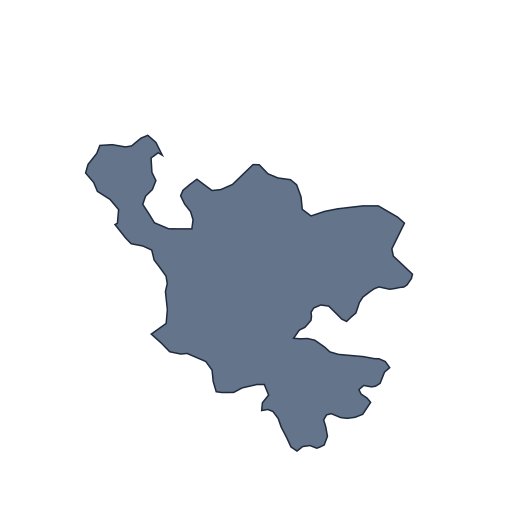 Hwaseong-si, Gyeonggi, South Korea, rotated 226°
{"feature_id": "91817680B58085958229296", "entity_name": "Hwaseong-si", "entity_type": "district", "adm_level": 2, "iso_a3": "KOR", "parent_name": "South Korea", "parent_adm1": "Gyeonggi", "projection": "robinson", "projection_center": [126.871, 37.138], "detail": "fine", "context": "isolated", "style": "filled", "palette": "slate", "viewbox_px": 512, "rotation_deg": 226, "n_neighbors": 0, "source": "geoboundaries", "source_scale": "gbopen_adm2", "svg_char_len": 2003}
<svg xmlns="http://www.w3.org/2000/svg" viewBox="0 0 512 512"><g transform="rotate(226 256 256)"><path d="M376.6,176.4L359.6,174.7L351.6,174.7L341.7,181.6L332.7,185.1L323.8,179.9L315.7,179.0L304.0,177.3L297.8,173.0L293.3,166.1L278.9,154.9L269.9,144.5L272.6,126.4L258.9,127.4L247.1,127.4L237.7,133.8L233.8,138.7L215.0,146.6L204.4,145.1L195.4,138.0L186.0,133.1L181.3,136.8L173.4,145.1L170.7,154.5L162.9,167.4L157.8,172.7L147.2,168.5L146.0,158.7L140.9,152.7L137.4,157.9L132.3,160.2L123.7,159.1L115.5,155.3L104.1,151.9L94.3,148.5L87.2,150.0L86.5,157.2L82.1,163.2L75.5,166.2L74.3,168.9L72.7,173.8L76.6,182.1L84.5,187.4L91.1,190.8L92.7,196.4L90.3,200.6L80.9,204.7L75.8,208.9L71.1,215.3L68.0,222.8L71.1,236.8L76.6,237.2L83.7,235.7L88.4,237.2L88.0,243.6L81.7,248.1L79.3,251.5L78.2,256.8L83.2,267.8L82.8,274.6L90.3,275.7L96.6,273.1L100.1,269.7L109.1,263.3L127.9,247.0L135.8,242.5L142.8,242.1L154.6,239.8L160.9,235.7L165.6,230.4L170.7,225.9L172.6,235.7L170.7,241.7L171.5,250.8L173.8,253.8L177.3,256.5L178.5,261.4L175.8,268.5L169.5,273.5L156.9,273.8L151.1,273.8L146.0,275.7L146.0,282.1L145.6,288.2L148.3,293.5L150.7,298.0L152.2,304.4L151.1,313.9L150.3,318.4L148.3,323.0L144.4,325.6L139.3,329.0L136.5,332.8L133.4,337.7L131.0,340.7L130.3,344.5L131.8,352.1L134.2,355.9L160.5,354.7L166.8,358.7L176.5,385.6L185.6,384.9L207.1,378.8L217.9,367.6L233.2,347.6L240.4,336.4L246.6,323.4L257.4,321.7L267.3,329.5L279.0,334.7L287.0,333.8L296.9,326.0L306.8,321.7L319.4,321.7L323.8,317.4L323.8,307.0L323.8,288.8L328.3,276.7L333.7,269.8L352.3,266.8L353.4,258.0L354.0,249.1L351.7,243.6L343.1,240.8L333.3,239.7L325.8,235.9L320.1,228.7L327.6,220.9L336.2,212.1L350.5,206.0L360.3,208.2L371.8,210.4L375.8,218.2L375.8,227.6L379.8,236.4L388.4,239.2L399.4,248.6L398.2,257.4L393.6,258.6L407.3,262.9L418.0,262.0L420.7,255.1L421.6,243.0L425.2,237.8L435.9,230.0L444.0,220.5L440.4,212.7L438.6,198.9L434.1,191.1L421.6,190.3L412.6,186.8L398.2,190.3L384.8,189.4L375.8,179.0L376.6,176.4Z" fill="#64748b" stroke="#1e293b" stroke-width="1.5"/></g></svg>